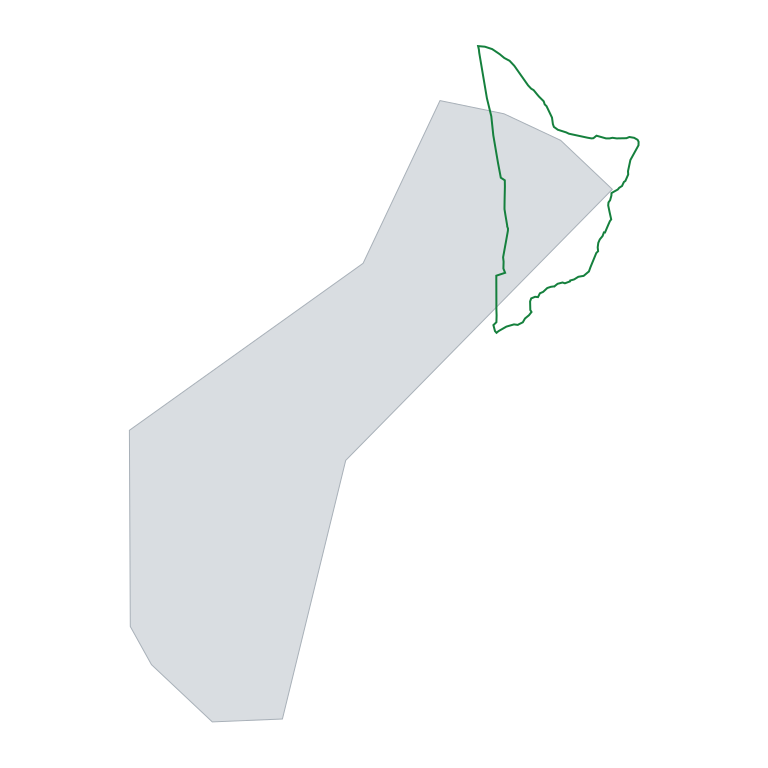 location of Yigo, Guam
{"feature_id": "77769853B33377803133936", "entity_name": "Yigo", "entity_type": "district", "adm_level": 2, "iso_a3": "GUM", "parent_name": "Guam", "parent_adm1": "", "projection": "albers", "projection_center": [144.906, 13.57], "detail": "fine", "context": "in_parent", "style": "outline", "palette": "green", "viewbox_px": 768, "rotation_deg": 0, "n_neighbors": 0, "source": "geoboundaries", "source_scale": "gbopen_adm2", "svg_char_len": 1901}
<svg xmlns="http://www.w3.org/2000/svg" viewBox="0 0 768 768"><path d="M282.4,719.0L212.3,721.9L151.5,664.7L130.3,626.5L129.4,430.3L363.1,263.3L440.0,100.6L504.0,113.8L560.7,140.4L612.3,189.3L345.7,460.4L282.4,719.0Z" fill="#d9dde1" stroke="#a8b0b8" stroke-width="1"/><path d="M496.4,309.6L496.6,315.5L496.4,322.2L493.4,325.1L495.0,331.1L496.5,332.8L497.7,331.8L498.9,330.9L506.4,326.6L514.0,324.4L517.8,324.9L519.2,324.1L522.8,322.3L525.0,318.5L529.0,315.2L531.5,312.0L530.3,310.0L530.1,301.4L531.2,298.4L535.1,296.8L538.0,297.1L539.9,293.3L543.1,291.9L546.0,289.2L547.3,288.0L550.9,286.8L553.9,286.4L554.1,286.4L554.3,286.5L554.6,286.3L554.7,286.1L557.6,283.8L562.5,282.5L564.9,283.3L570.0,281.4L570.2,280.5L573.9,279.5L574.8,279.0L578.3,276.8L581.6,276.2L583.6,275.9L588.5,271.8L588.9,271.5L590.5,267.1L596.3,253.0L598.1,251.2L597.7,247.3L598.3,242.8L599.8,239.4L602.6,236.0L603.9,232.4L605.0,232.5L607.2,227.3L609.9,221.1L611.2,219.4L609.6,212.2L608.2,205.4L608.5,202.4L610.1,200.2L611.4,195.6L611.5,193.1L613.7,191.8L617.8,189.5L619.2,187.8L622.1,185.9L622.6,184.7L623.9,182.0L625.4,180.9L628.2,174.5L628.0,171.2L630.4,160.0L638.5,145.3L638.6,141.8L637.6,139.8L634.1,137.8L629.4,137.0L626.4,138.2L616.6,138.4L612.5,137.8L609.5,138.4L606.0,138.4L596.5,135.7L593.4,138.2L591.5,138.4L587.5,137.7L568.9,133.7L566.2,132.4L557.7,129.7L557.1,129.2L553.9,126.9L552.9,124.1L552.0,117.6L546.5,106.1L544.7,104.4L543.7,101.3L539.0,96.6L537.2,94.5L533.6,90.1L531.2,88.7L528.1,85.4L520.7,74.9L514.3,65.8L509.6,60.8L504.3,58.0L499.6,54.1L492.2,49.1L484.9,46.7L478.1,46.1L478.9,49.5L479.2,52.6L486.9,98.2L491.3,116.3L493.3,135.3L498.0,162.9L500.8,177.7L504.8,180.3L504.9,186.4L504.6,199.9L504.5,207.5L504.5,209.2L505.4,214.9L507.2,225.6L507.2,226.4L508.0,228.6L507.9,230.8L506.0,241.4L503.1,257.3L503.6,261.7L503.4,268.5L505.1,272.8L496.3,275.7L496.4,309.6Z" fill="none" stroke="#15803d" stroke-width="2"/></svg>